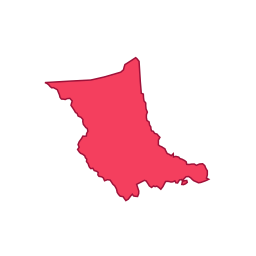 Turvo, Santa Catarina, Brazil (Equal Earth projection), rotated 22°
{"feature_id": "56859067B30250296279332", "entity_name": "Turvo", "entity_type": "district", "adm_level": 2, "iso_a3": "BRA", "parent_name": "Brazil", "parent_adm1": "Santa Catarina", "projection": "equal_earth", "projection_center": [-49.676, -28.894], "detail": "fine", "context": "isolated", "style": "filled", "palette": "rose", "viewbox_px": 256, "rotation_deg": 22, "n_neighbors": 0, "source": "geoboundaries", "source_scale": "gbopen_adm2", "svg_char_len": 2397}
<svg xmlns="http://www.w3.org/2000/svg" viewBox="0 0 256 256"><g transform="rotate(22 128 128)"><path d="M198.5,157.1L198.9,154.0L200.1,151.4L202.4,150.3L204.7,150.7L206.8,151.6L208.6,152.2L211.1,152.3L213.9,152.4L215.9,151.2L217.5,149.8L219.4,148.1L220.7,146.8L222.0,145.3L219.5,145.1L219.1,141.7L217.6,138.0L215.2,136.2L213.2,134.1L210.6,133.2L207.8,134.6L205.4,137.0L202.9,136.6L200.6,137.6L198.4,138.9L196.0,139.7L194.7,137.6L192.7,137.0L189.8,136.7L187.6,136.9L185.9,136.0L183.0,136.4L181.0,137.8L179.6,134.9L178.4,137.5L176.3,137.0L173.9,137.0L171.4,134.9L169.9,133.4L168.2,133.2L166.4,132.8L164.3,132.8L162.4,132.2L161.6,130.0L160.7,127.9L161.1,124.7L159.2,123.9L157.3,122.8L154.6,123.0L152.7,121.6L150.9,121.8L149.6,120.2L148.7,118.4L146.9,117.2L145.3,114.5L142.7,113.9L141.1,111.4L140.1,108.8L140.0,106.0L137.6,103.6L136.1,100.7L135.1,98.2L132.6,96.8L131.1,94.2L129.5,90.8L127.3,90.8L121.9,80.1L113.3,62.1L110.5,60.5L108.8,59.9L102.9,68.3L101.4,70.3L101.6,72.9L102.0,75.8L100.3,79.0L86.7,89.7L77.4,96.2L75.3,97.6L57.2,106.0L34.0,117.0L36.4,117.1L38.2,117.6L40.3,118.7L42.2,119.3L43.7,118.5L45.8,118.7L48.2,119.0L50.2,121.1L51.9,122.8L53.5,125.0L55.4,126.1L57.4,125.4L59.1,125.1L60.5,123.6L63.0,122.3L66.1,123.8L66.6,128.3L68.7,129.7L71.0,131.3L73.6,133.3L75.3,133.5L77.3,135.6L80.4,135.7L83.0,137.0L83.7,139.0L85.3,141.4L87.1,142.4L88.7,143.4L90.4,143.7L92.0,146.0L91.7,148.7L92.4,151.0L90.9,151.9L89.2,152.4L88.9,155.0L87.9,159.0L87.9,162.1L89.9,164.1L89.3,166.8L91.9,168.5L93.5,169.2L95.9,169.3L98.4,170.0L99.6,171.5L101.4,172.3L102.1,174.7L104.3,175.9L105.8,177.7L107.1,178.9L108.8,179.6L110.5,178.5L112.6,180.1L115.2,179.9L117.0,180.4L117.6,182.7L119.2,183.7L121.8,183.1L123.8,183.5L126.0,185.7L128.3,183.6L131.0,183.0L133.2,184.5L134.9,185.7L137.5,186.7L140.2,188.9L142.1,191.7L144.2,193.2L146.2,194.1L149.2,193.5L151.4,195.0L153.2,196.1L154.9,193.9L156.0,189.8L156.8,187.8L158.6,188.9L160.3,188.6L162.5,187.9L162.5,184.9L161.6,182.4L157.1,177.0L162.8,170.4L164.7,170.3L167.2,172.0L169.5,173.7L172.1,174.3L173.4,172.2L175.1,172.2L176.5,171.1L178.6,171.5L181.4,172.5L182.3,169.3L182.6,166.1L182.9,163.5L184.8,162.6L186.3,162.2L188.0,162.0L189.6,161.2L191.3,159.5L192.9,160.9L194.6,160.4L195.2,156.9L197.2,155.6L198.5,157.1ZM198.5,157.1L199.0,160.2L200.7,159.7L202.3,158.1L203.3,156.2L202.1,154.6L200.2,155.7L198.5,157.1Z" fill="#f43f5e" stroke="#9f1239" stroke-width="1.5"/></g></svg>